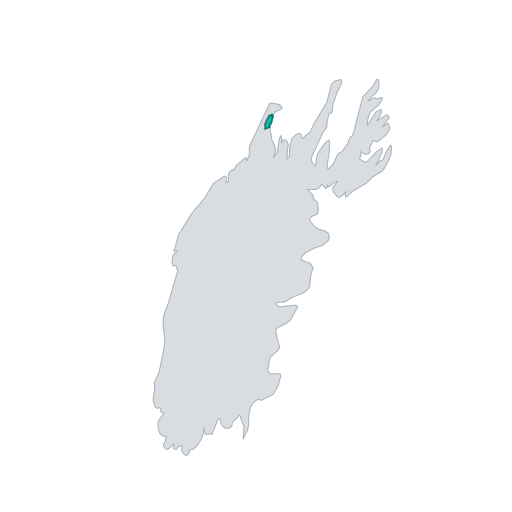 location of Sveitarfélagið Vogar, Suðurnes, Iceland, rotated 117°
{"feature_id": "244011B53257850023541", "entity_name": "Sveitarfélagið Vogar", "entity_type": "district", "adm_level": 2, "iso_a3": "ISL", "parent_name": "Iceland", "parent_adm1": "Suðurnes", "projection": "natural_earth1", "projection_center": [-22.291, 63.982], "detail": "fine", "context": "in_parent", "style": "filled", "palette": "teal", "viewbox_px": 512, "rotation_deg": 117, "n_neighbors": 0, "source": "geoboundaries", "source_scale": "gbopen_adm2", "svg_char_len": 5118}
<svg xmlns="http://www.w3.org/2000/svg" viewBox="0 0 512 512"><g transform="rotate(117 256 256)"><path d="M388.9,192.1L393.3,192.3L400.5,190.5L410.7,185.5L415.1,184.4L425.1,184.4L413.2,189.3L408.9,194.6L405.6,197.2L405.7,198.4L414.5,201.6L418.5,200.5L420.4,201.0L422.1,202.5L423.4,205.5L422.8,208.7L420.4,211.8L417.2,214.5L417.7,215.3L420.4,215.7L434.6,214.1L436.3,218.0L437.7,219.3L437.4,220.6L431.9,224.8L438.4,222.2L443.7,221.4L452.7,222.7L456.5,224.2L458.8,226.9L463.2,226.1L465.3,227.6L465.5,229.2L463.7,233.6L458.5,235.9L461.9,239.1L464.6,239.1L465.1,239.9L464.9,241.8L460.9,244.0L467.9,246.5L468.8,247.4L468.5,250.3L467.4,251.9L465.5,252.9L460.6,253.0L457.6,254.1L458.7,255.9L458.0,260.7L454.4,264.7L450.9,266.8L447.4,268.1L437.5,266.6L438.1,270.0L434.7,272.1L435.4,273.9L436.7,274.8L436.2,277.1L431.9,281.7L428.8,283.3L422.6,285.1L413.7,289.4L404.5,289.3L382.1,295.4L373.3,298.7L357.6,308.6L350.9,311.2L339.4,312.5L304.8,319.0L301.0,322.9L300.8,323.7L302.4,325.2L299.9,328.0L294.6,330.0L292.2,330.0L287.8,328.3L287.3,329.1L289.0,331.2L272.1,334.6L248.4,332.8L227.5,328.0L210.9,327.0L199.1,320.3L198.8,319.2L200.0,317.2L204.2,316.3L202.2,314.3L195.2,317.8L192.9,317.7L189.8,316.3L189.7,314.9L183.8,314.4L173.6,310.1L172.9,309.1L175.3,307.7L174.8,307.4L169.3,307.7L161.4,311.6L113.9,313.1L112.3,311.1L110.4,303.4L112.0,300.1L114.0,300.4L119.5,304.8L132.2,302.4L137.4,300.8L142.1,296.6L144.9,295.2L148.7,289.9L152.6,286.7L160.6,285.1L153.4,284.2L141.5,288.4L137.5,288.4L139.3,286.6L143.4,284.5L140.6,284.3L139.5,283.4L139.4,281.4L141.5,278.2L155.6,272.6L152.3,271.5L142.5,275.8L135.4,277.3L129.6,275.4L126.8,272.7L127.0,271.6L130.4,268.2L129.8,267.5L127.5,267.2L121.3,264.1L111.4,264.4L86.9,262.6L68.4,266.9L63.9,264.9L60.3,260.6L61.1,259.0L64.3,258.0L73.4,258.1L86.7,256.1L92.7,253.6L95.1,254.2L96.2,255.5L104.4,253.6L108.7,251.4L116.1,252.4L143.7,251.3L147.3,248.4L148.7,245.0L148.1,244.3L137.9,247.4L135.6,247.4L123.9,245.7L119.6,243.8L121.0,242.3L127.3,239.0L143.1,233.6L145.3,232.5L145.5,231.2L139.2,228.9L127.4,229.5L124.3,226.8L114.4,225.2L107.9,226.2L104.4,224.5L65.5,233.2L53.0,229.2L44.0,228.5L43.2,227.3L48.5,223.5L52.1,222.8L55.7,223.1L62.5,225.8L67.3,226.6L61.4,222.7L61.1,219.0L59.3,218.0L57.5,215.5L58.3,214.7L65.4,215.2L76.7,219.5L82.3,218.8L89.6,216.0L73.3,214.5L68.4,211.0L71.9,209.3L80.3,209.5L71.0,203.6L70.6,202.6L72.2,200.0L83.9,202.3L77.8,198.8L77.6,198.1L79.4,197.4L80.3,195.3L83.2,194.4L89.1,195.2L98.3,199.2L99.6,200.3L100.0,204.4L103.6,203.8L107.8,204.3L111.4,201.5L113.9,202.2L115.8,204.7L115.6,210.1L118.1,208.2L122.3,208.1L123.0,203.6L122.2,200.0L108.2,195.9L102.8,192.9L103.4,191.8L106.1,190.9L120.7,190.2L114.4,188.4L112.9,186.6L101.9,187.3L96.3,186.6L96.2,185.6L98.4,184.3L105.1,181.5L117.8,181.2L122.9,182.0L132.8,188.1L140.7,190.6L153.9,199.0L162.4,202.2L162.8,203.0L161.4,204.0L158.1,205.1L163.1,206.6L166.2,208.7L166.4,209.7L163.7,216.4L160.5,218.6L152.7,217.3L154.6,219.5L160.2,221.8L161.5,223.1L160.6,224.3L163.3,223.9L164.1,224.6L162.9,228.5L161.6,229.9L166.2,230.6L169.4,232.6L173.4,240.3L175.5,234.3L176.5,232.2L178.5,231.4L180.7,225.3L185.9,221.7L190.7,220.4L195.9,224.6L199.5,225.0L203.2,217.6L203.6,212.1L202.4,206.1L203.0,201.8L205.5,199.3L208.8,198.5L215.8,201.0L221.8,207.0L230.7,213.5L236.8,215.1L237.9,214.9L238.9,212.8L237.9,204.2L240.7,199.7L247.9,198.6L258.8,194.4L261.3,194.3L266.8,196.7L276.7,205.3L283.7,209.3L287.5,215.6L289.2,216.8L290.6,214.8L290.7,212.0L282.0,198.8L281.8,197.1L282.6,195.6L297.7,196.3L301.1,197.8L311.8,205.3L316.8,202.2L326.7,193.4L330.3,193.6L339.1,197.2L342.5,196.9L352.6,193.7L354.6,189.6L349.9,181.2L351.7,179.5L361.0,177.4L371.2,177.8L382.0,185.6L382.6,189.2L388.9,192.1Z" fill="#d9dde1" stroke="#a8b0b8" stroke-width="1"/><path d="M134.7,302.3L134.6,302.5L134.4,302.7L134.4,302.8L134.2,302.9L133.9,302.9L133.8,303.0L133.7,303.2L133.5,303.3L133.4,303.3L133.2,303.4L132.9,303.4L132.7,303.4L132.6,303.5L132.4,303.5L132.5,303.6L132.4,303.7L132.2,303.7L131.9,303.6L131.7,303.6L131.4,303.5L131.2,303.5L131.2,303.4L131.1,303.2L130.9,303.2L130.7,303.1L130.4,303.1L130.2,303.0L130.3,303.0L130.2,302.9L129.9,302.9L129.6,302.9L129.4,302.8L129.2,302.8L128.9,303.0L128.7,303.1L128.4,303.2L128.4,303.3L128.2,303.3L127.9,303.5L127.7,303.5L127.4,303.7L127.2,303.7L127.2,303.8L126.9,303.9L126.9,304.0L126.7,304.0L126.6,303.9L126.4,303.9L126.3,304.0L126.2,304.0L126.2,303.9L125.9,303.8L125.8,303.7L125.7,303.7L125.8,303.7L125.7,303.7L125.7,303.8L125.8,303.8L125.7,303.8L125.4,303.9L125.2,303.9L125.2,304.0L124.9,304.1L124.9,304.3L124.7,304.4L124.5,304.5L124.4,304.5L124.5,304.6L124.4,304.7L124.5,304.7L124.4,304.8L124.4,305.0L124.2,305.1L123.9,305.2L123.8,305.3L123.8,305.2L123.9,305.3L123.9,305.2L124.1,305.2L124.0,305.3L124.2,305.2L124.2,305.3L124.3,305.3L124.4,305.5L124.2,305.6L123.9,305.7L124.0,305.7L124.1,305.8L123.9,305.9L123.7,305.8L123.4,305.8L123.2,305.7L122.9,305.7L122.7,305.7L122.6,305.8L122.3,305.8L122.2,305.8L121.9,305.8L123.9,306.8L125.1,308.3L127.2,307.9L129.0,308.3L135.0,307.8L135.5,307.2L138.7,305.5L134.7,302.3ZM131.2,303.3L131.2,303.2L131.1,303.3L131.2,303.3Z" fill="#14b8a6" stroke="#0f766e" stroke-width="1.5"/></g></svg>